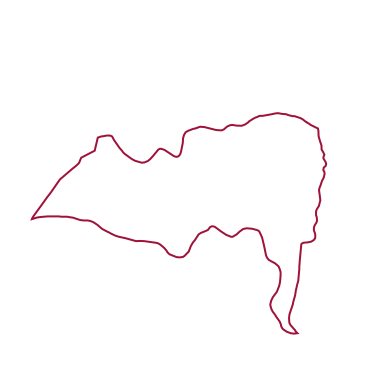 the district of Chajul, Quiché, Guatemala, rotated 288°
{"feature_id": "79465075B19159342798902", "entity_name": "Chajul", "entity_type": "district", "adm_level": 2, "iso_a3": "GTM", "parent_name": "Guatemala", "parent_adm1": "Quiché", "projection": "orthographic", "projection_center": [-91.005, 15.608], "detail": "fine", "context": "isolated", "style": "outline", "palette": "rose", "viewbox_px": 384, "rotation_deg": 288, "n_neighbors": 0, "source": "geoboundaries", "source_scale": "gbopen_adm2", "svg_char_len": 3433}
<svg xmlns="http://www.w3.org/2000/svg" viewBox="0 0 384 384"><g transform="rotate(288 192 192)"><path d="M214.6,85.6L201.2,86.7L192.7,78.3L190.3,76.0L184.8,75.6L183.1,74.8L181.0,73.6L177.5,71.3L175.4,70.0L173.6,68.9L169.5,66.4L163.1,62.5L147.6,57.8L142.1,55.8L135.7,53.8L120.0,48.7L118.1,48.3L117.3,48.1L116.7,48.1L119.7,52.3L120.8,54.4L122.5,58.2L124.4,62.8L125.5,66.4L126.4,69.0L127.6,72.8L128.3,76.1L130.0,81.3L130.1,82.7L130.8,86.6L130.8,94.4L131.5,98.0L132.7,101.6L133.0,104.3L132.8,107.5L132.2,109.7L131.5,112.2L130.0,115.7L129.1,118.1L128.2,123.0L127.9,125.5L127.5,127.4L126.8,132.4L126.8,135.9L127.5,143.0L128.0,154.0L129.4,157.7L130.1,160.2L130.6,162.2L132.0,170.2L132.6,173.5L132.7,175.5L132.2,178.0L130.3,182.7L128.5,185.7L127.0,187.4L125.8,189.9L125.3,197.6L126.1,200.8L127.5,203.5L129.0,204.7L134.3,207.3L140.2,207.6L144.4,208.5L146.7,209.5L153.7,211.4L156.0,213.2L156.8,214.3L160.7,218.8L164.2,220.1L165.0,220.9L165.5,221.5L165.9,222.7L165.9,224.6L163.4,232.0L161.8,237.9L161.5,243.1L161.9,244.4L165.4,247.5L169.2,249.6L172.6,252.1L174.4,255.2L175.6,260.4L175.9,265.1L175.7,267.3L175.2,268.2L174.6,268.8L171.8,271.4L170.6,272.5L169.3,273.4L163.7,276.8L160.1,278.9L155.1,281.7L153.4,283.0L152.4,284.1L151.7,285.2L151.1,286.2L149.8,293.1L148.3,296.8L147.7,297.6L146.9,298.3L145.0,299.8L143.2,301.0L140.8,301.8L137.7,302.6L135.5,303.1L133.1,303.6L129.9,303.9L123.5,303.6L116.9,301.4L113.0,300.9L109.2,301.2L107.0,302.4L105.1,303.8L103.1,305.8L101.4,308.3L98.6,311.7L95.9,315.4L93.7,317.3L91.8,318.4L90.3,319.9L89.6,321.1L88.4,325.3L88.2,329.6L88.8,332.7L89.0,333.2L90.3,335.9L91.2,334.1L92.6,332.4L95.9,326.8L97.7,325.0L102.2,323.2L106.0,322.5L116.6,322.6L118.4,322.3L125.6,322.0L131.1,321.1L133.4,321.0L135.4,320.7L140.4,320.5L143.8,319.7L151.8,317.9L154.3,317.1L157.2,316.4L160.0,315.7L176.1,312.1L176.8,312.4L177.5,312.9L178.4,314.1L179.2,316.1L180.0,317.9L181.4,320.4L182.4,321.4L184.0,322.7L186.1,323.4L188.1,322.9L190.2,322.1L193.3,319.7L196.1,318.9L198.3,319.0L201.4,319.8L203.4,319.8L206.6,318.4L208.2,317.2L211.7,316.0L213.9,316.0L218.1,317.0L223.9,316.6L233.1,312.2L235.2,312.0L238.3,312.2L242.7,312.2L246.2,312.8L249.4,312.6L250.8,312.3L252.0,311.7L253.4,310.1L256.0,309.8L258.0,311.0L260.0,311.0L261.6,310.0L264.6,306.6L265.8,306.2L268.3,306.4L270.1,304.8L272.5,302.1L276.2,300.8L280.4,297.7L284.3,295.1L289.0,293.4L291.3,292.2L292.5,283.9L293.3,281.7L293.5,280.0L294.0,279.3L293.9,278.7L295.4,274.6L295.8,272.1L295.8,265.7L295.2,264.4L294.9,259.3L295.1,257.6L294.1,253.5L293.6,249.6L292.6,247.2L290.5,243.6L289.0,240.8L287.6,238.2L286.2,235.5L285.6,233.5L284.5,231.7L283.8,231.3L282.5,229.5L280.6,227.6L276.6,224.3L276.0,224.2L272.8,221.8L270.4,218.9L268.9,213.8L268.2,209.5L267.3,207.6L265.0,205.1L261.4,203.0L259.7,201.0L258.4,195.8L257.6,183.8L256.7,180.0L255.9,178.6L254.7,177.3L254.7,176.9L253.2,175.3L253.1,174.7L252.0,173.1L248.7,169.1L246.9,167.5L243.9,166.8L240.3,166.9L235.7,168.1L227.0,169.1L224.4,169.1L222.5,168.5L221.4,167.7L220.5,166.0L220.5,163.8L223.5,153.0L223.6,149.4L223.1,148.1L222.5,147.4L221.7,146.7L220.4,146.3L217.2,145.0L213.9,143.7L210.2,142.0L207.8,140.4L205.4,137.6L205.0,136.5L204.5,135.8L204.3,134.6L204.1,128.1L204.8,124.4L207.5,116.1L208.4,114.3L209.5,112.8L209.8,112.4L211.6,109.3L212.1,108.7L217.3,101.8L220.1,98.9L220.4,97.1L219.9,95.0L219.4,93.7L219.0,92.8L217.8,90.7L217.3,89.7L217.0,88.8L216.6,88.3L214.6,85.6Z" fill="none" stroke="#9f1239" stroke-width="2"/></g></svg>